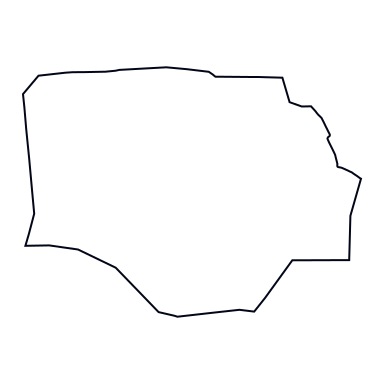 Bayancagaan, Töv, Mongolia (orthographic projection)
{"feature_id": "93677404B41930785944412", "entity_name": "Bayancagaan", "entity_type": "district", "adm_level": 2, "iso_a3": "MNG", "parent_name": "Mongolia", "parent_adm1": "Töv", "projection": "orthographic", "projection_center": [107.531, 46.744], "detail": "fine", "context": "isolated", "style": "outline", "palette": "ink", "viewbox_px": 384, "rotation_deg": 0, "n_neighbors": 0, "source": "geoboundaries", "source_scale": "gbopen_adm2", "svg_char_len": 1428}
<svg xmlns="http://www.w3.org/2000/svg" viewBox="0 0 384 384"><path d="M208.8,71.8L187.0,69.2L166.3,67.3L119.3,69.9L115.7,70.7L105.5,71.7L85.1,72.1L72.6,72.2L65.4,72.7L38.5,75.7L23.0,94.1L24.4,107.6L26.2,129.0L29.2,158.9L32.2,192.0L34.2,213.7L28.9,233.9L25.4,245.8L49.2,245.4L78.0,249.5L115.7,267.7L158.6,312.1L174.6,315.8L177.4,316.7L177.5,316.7L214.9,312.5L239.4,309.8L254.2,311.6L265.0,298.0L292.3,260.3L349.2,260.1L350.4,215.8L361.0,178.7L360.6,178.5L360.2,178.3L358.1,176.8L357.2,176.1L355.2,174.8L353.3,173.5L351.7,172.3L350.2,171.7L349.8,171.5L349.6,171.4L347.6,170.4L345.5,169.5L345.4,169.4L344.5,169.0L343.1,168.4L341.5,167.7L340.5,167.5L339.5,167.3L338.4,167.1L338.0,167.0L337.7,166.8L337.5,166.6L337.3,166.1L337.3,165.7L337.3,164.7L337.4,163.9L337.2,163.2L336.7,161.1L336.5,160.3L335.9,158.1L335.4,156.0L335.2,155.0L334.2,152.8L332.5,149.3L331.1,146.5L330.1,144.5L329.2,142.7L328.3,140.7L327.7,139.3L327.5,138.8L327.5,138.5L327.6,138.1L327.7,137.8L327.9,137.4L328.2,137.1L328.6,136.8L329.0,136.5L329.4,136.2L329.6,136.0L329.8,135.5L329.8,135.2L329.8,134.8L329.8,134.5L329.4,133.7L328.1,131.2L326.8,128.5L326.2,127.4L324.9,124.7L323.9,122.6L322.9,120.6L322.0,118.9L321.7,118.2L321.1,117.5L317.8,114.3L317.3,113.6L316.7,112.9L315.6,111.4L314.2,109.8L312.1,107.5L311.0,106.3L301.8,106.5L289.6,102.2L282.4,77.7L258.3,77.0L252.0,77.0L215.4,76.7L212.6,74.4L208.8,71.8Z" fill="none" stroke="#020617" stroke-width="2"/></svg>